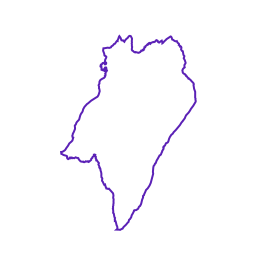 Puente Nacional, Santander, Colombia (Equal Earth projection), rotated 18°
{"feature_id": "7082276B3826053378979", "entity_name": "Puente Nacional", "entity_type": "district", "adm_level": 2, "iso_a3": "COL", "parent_name": "Colombia", "parent_adm1": "Santander", "projection": "equal_earth", "projection_center": [-73.687, 5.82], "detail": "fine", "context": "isolated", "style": "outline", "palette": "violet", "viewbox_px": 256, "rotation_deg": 18, "n_neighbors": 0, "source": "geoboundaries", "source_scale": "gbopen_adm2", "svg_char_len": 5691}
<svg xmlns="http://www.w3.org/2000/svg" viewBox="0 0 256 256"><g transform="rotate(18 128 128)"><path d="M159.5,43.4L159.4,42.2L158.5,41.7L158.0,41.1L156.6,38.4L156.3,38.0L155.5,38.0L154.2,36.9L154.1,36.5L154.1,35.7L153.9,34.9L153.4,34.3L152.7,34.0L152.3,34.5L151.5,33.8L151.1,33.3L150.7,33.3L150.7,32.6L150.3,32.1L148.9,31.6L147.6,30.3L147.3,30.6L146.8,30.8L145.3,30.8L143.7,30.2L142.7,30.2L141.5,28.4L140.7,27.8L140.2,27.8L137.1,31.7L136.7,32.7L135.8,34.2L134.9,36.3L134.5,36.8L134.2,36.0L133.1,34.5L132.2,35.6L131.2,37.1L130.6,37.1L130.0,36.9L129.7,36.6L129.3,35.9L128.5,35.7L127.8,35.7L127.4,36.9L126.8,37.8L126.5,37.8L126.0,38.4L125.4,38.4L124.0,39.6L123.6,39.9L123.3,40.9L122.6,40.5L122.3,41.0L121.8,40.7L121.5,41.0L121.4,42.3L121.1,42.7L120.6,42.5L120.0,43.9L119.2,45.0L119.4,45.8L118.8,46.2L119.0,46.4L118.8,47.2L118.9,47.6L118.7,47.7L118.6,48.5L118.8,48.9L118.7,49.1L118.0,48.9L117.9,49.0L117.9,49.5L117.8,49.9L117.2,50.4L116.7,50.3L116.2,52.0L115.4,52.6L115.3,52.9L114.6,53.3L111.8,53.4L111.5,53.9L111.0,53.9L110.3,53.8L108.8,53.1L108.3,53.1L107.5,52.5L107.1,51.1L106.9,49.6L106.4,49.0L105.8,47.1L105.4,46.5L105.3,45.3L104.7,44.1L104.5,42.9L104.1,41.6L102.3,39.8L101.4,39.8L101.1,39.9L100.4,40.6L99.9,42.3L99.0,43.7L98.4,44.9L98.0,46.2L97.9,47.1L96.9,46.7L96.2,46.2L95.5,46.5L94.7,46.6L92.9,44.4L91.4,43.3L91.2,44.0L91.2,46.3L91.0,47.5L91.3,48.6L90.5,48.8L89.9,50.5L89.7,51.6L89.3,52.1L88.8,52.4L88.1,54.2L87.0,55.5L86.9,56.5L85.5,57.6L83.8,57.9L81.4,59.2L80.0,59.8L80.3,61.6L80.5,62.3L82.3,64.5L83.2,66.3L83.6,66.5L84.1,66.4L85.0,66.7L85.4,67.0L85.5,67.5L85.5,68.1L85.2,70.0L85.4,71.1L85.4,72.0L85.7,72.4L86.8,72.5L87.0,72.6L87.3,73.3L87.3,73.8L87.1,74.2L86.5,74.6L86.2,74.5L85.3,73.7L84.5,73.8L83.8,74.1L83.6,75.1L82.7,76.0L82.6,76.4L82.7,77.8L82.9,78.1L83.2,78.2L83.7,77.8L84.5,79.7L84.8,80.8L86.0,80.9L86.3,80.7L86.5,79.8L86.9,79.6L87.2,79.6L87.9,81.1L88.2,81.1L88.2,80.6L87.4,78.0L87.6,77.5L88.4,77.2L88.6,77.3L89.8,79.6L90.2,79.8L90.1,80.5L89.8,80.5L89.7,80.9L89.6,81.7L89.8,82.7L89.5,83.4L89.6,83.6L90.1,84.0L90.3,84.7L90.3,85.3L90.0,85.4L89.9,85.6L90.2,85.9L90.2,86.7L89.6,87.9L88.4,89.0L87.1,90.6L86.8,91.2L86.6,92.4L86.6,93.1L87.1,94.5L86.8,96.4L87.7,97.6L88.1,99.2L88.6,99.6L89.7,101.7L89.8,105.5L89.4,107.4L89.2,107.8L88.3,108.8L84.5,113.4L82.4,116.9L81.6,117.9L80.1,121.3L79.6,123.8L79.6,124.6L79.7,126.0L79.5,127.4L79.0,128.6L78.7,130.7L78.9,134.9L78.7,135.6L77.6,137.9L77.3,139.0L77.3,140.3L77.2,140.9L76.7,142.0L76.7,142.3L77.6,144.3L77.9,145.4L77.6,149.2L77.3,150.3L77.5,151.6L77.4,152.5L77.5,152.9L78.0,153.4L78.3,154.1L78.9,154.1L79.0,157.1L78.4,158.4L76.9,160.9L76.5,163.2L75.3,166.9L75.3,167.5L74.9,168.5L74.2,169.5L72.9,171.0L71.8,171.5L72.6,173.2L73.4,173.2L75.0,173.6L77.8,173.5L78.6,173.6L78.9,173.9L79.2,175.0L79.4,175.1L79.7,175.7L80.7,176.1L81.2,175.7L81.9,174.0L82.1,173.9L82.6,173.9L83.1,174.4L83.3,174.2L83.5,173.5L83.7,173.4L84.7,173.8L85.3,173.4L86.3,173.3L87.2,172.1L88.8,172.2L89.7,171.9L90.3,172.2L90.7,172.9L91.3,173.3L93.2,174.4L94.1,174.4L94.6,174.2L95.1,174.2L95.8,173.8L96.2,174.1L96.7,174.1L97.4,173.8L97.9,172.9L98.1,172.7L99.1,172.7L100.3,171.9L100.6,172.0L100.8,172.5L101.1,172.5L102.8,169.8L102.6,168.5L103.3,167.5L103.2,166.7L103.5,166.0L104.2,165.3L104.1,164.6L103.8,163.9L104.2,163.6L105.2,163.6L105.3,164.3L105.1,164.8L105.1,165.0L106.4,165.4L106.5,165.7L106.3,166.1L106.8,167.1L107.3,167.3L107.8,168.6L108.5,168.4L108.7,168.7L111.2,170.4L111.1,171.8L112.7,173.5L112.9,174.4L113.5,174.5L113.7,175.1L114.0,175.1L114.3,175.3L115.1,177.0L116.1,178.3L116.9,179.9L117.3,181.4L117.9,182.8L118.1,183.2L118.8,183.5L119.2,184.0L119.5,186.0L119.8,186.4L120.6,186.9L122.1,188.6L123.0,189.4L123.6,188.8L125.1,191.1L125.7,191.4L126.0,192.2L128.0,192.1L128.6,191.6L132.7,194.0L133.9,194.7L134.3,195.3L135.1,196.9L135.3,198.4L135.7,199.4L136.3,200.1L136.9,202.3L137.5,203.9L137.6,205.0L138.0,206.2L138.0,207.4L138.6,208.8L138.5,209.5L138.9,209.9L139.8,212.0L140.0,213.1L140.3,213.5L140.6,213.5L141.0,213.9L142.3,216.4L142.7,217.0L143.5,217.6L143.5,218.7L143.8,219.2L144.2,220.4L144.6,220.1L145.5,221.2L147.2,224.0L148.1,224.9L148.8,226.3L148.9,226.7L148.8,227.7L148.5,228.2L150.7,227.5L152.0,227.3L153.4,225.7L153.9,225.5L154.4,223.5L156.0,220.6L157.0,218.0L157.5,217.3L157.4,214.9L158.1,213.9L158.3,212.9L158.6,212.1L158.5,209.8L159.0,207.7L159.2,206.2L159.4,205.2L159.2,204.8L159.4,204.3L161.2,203.5L162.6,201.6L162.7,200.0L162.9,199.3L163.6,198.4L163.6,197.7L163.9,197.0L163.9,195.5L163.6,191.8L163.8,189.4L163.4,188.4L163.3,187.9L163.5,187.5L163.9,187.1L163.9,185.2L164.1,184.3L164.3,181.4L165.4,179.3L166.3,176.0L166.6,173.2L166.1,164.0L166.0,163.5L165.3,162.2L164.3,157.9L164.1,156.3L164.6,155.0L164.7,153.5L165.0,153.3L165.2,152.8L165.3,150.1L165.8,148.0L166.5,144.3L167.0,143.9L167.5,143.1L167.6,140.7L167.8,140.2L167.6,139.3L167.9,138.6L167.9,137.8L168.2,137.2L168.1,136.3L167.9,136.1L168.0,135.7L167.5,135.4L167.5,135.1L167.8,134.2L168.2,133.9L168.6,133.1L168.8,130.8L169.7,130.1L170.1,129.4L170.3,129.3L170.5,128.4L170.4,125.7L170.6,123.7L171.3,121.1L172.3,119.6L172.7,117.9L174.1,115.1L176.5,109.1L177.2,106.2L177.9,104.7L177.9,104.2L178.1,103.9L179.0,101.2L179.1,99.6L179.3,98.0L180.9,94.6L181.6,92.2L181.9,90.5L183.2,86.7L184.2,82.2L184.1,81.4L183.4,80.3L183.2,79.3L182.5,78.4L180.7,72.8L178.7,70.2L177.2,67.2L177.0,66.9L177.1,66.2L176.6,65.3L175.5,64.6L174.1,63.9L172.5,62.9L171.4,62.5L170.3,62.4L170.2,61.9L169.6,61.8L168.9,61.5L168.1,60.7L167.3,60.7L166.5,59.7L165.8,59.6L165.5,59.2L164.4,59.1L163.4,58.7L162.6,57.8L162.4,57.1L161.9,56.4L162.0,54.9L162.6,53.6L163.1,53.0L163.2,52.8L162.6,52.0L162.2,50.6L162.7,48.6L162.6,48.1L161.1,46.0L159.4,44.4L159.4,44.1L159.5,43.4Z" fill="none" stroke="#5b21b6" stroke-width="2"/></g></svg>